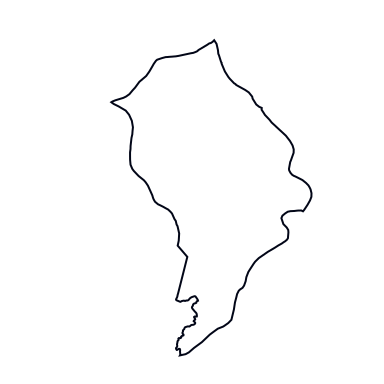 outline of Chiantla, Huehuetenango, Guatemala, rotated 139°
{"feature_id": "79465075B62653815483929", "entity_name": "Chiantla", "entity_type": "district", "adm_level": 2, "iso_a3": "GTM", "parent_name": "Guatemala", "parent_adm1": "Huehuetenango", "projection": "albers", "projection_center": [-91.345, 15.5], "detail": "fine", "context": "isolated", "style": "outline", "palette": "ink", "viewbox_px": 384, "rotation_deg": 139, "n_neighbors": 0, "source": "geoboundaries", "source_scale": "gbopen_adm2", "svg_char_len": 4040}
<svg xmlns="http://www.w3.org/2000/svg" viewBox="0 0 384 384"><g transform="rotate(139 192 192)"><path d="M238.0,160.9L238.1,146.1L246.0,140.6L269.0,124.6L270.3,123.8L271.7,122.7L272.6,122.2L273.5,121.9L274.5,121.4L274.7,121.1L274.7,120.4L272.9,116.8L272.4,116.6L271.3,116.4L270.9,116.2L269.8,115.6L269.3,115.2L269.0,114.8L268.8,114.4L268.3,114.1L267.8,114.0L267.4,113.8L267.0,113.4L266.6,113.1L265.9,112.8L265.1,112.8L264.7,112.9L264.0,113.0L263.4,113.1L262.9,113.1L262.4,113.0L261.8,113.0L261.1,112.8L258.9,111.9L258.2,111.5L257.9,110.8L258.0,109.9L258.1,108.8L258.3,107.3L258.5,106.6L258.8,106.0L259.2,106.1L259.8,106.3L260.3,106.3L260.8,106.1L261.4,105.6L262.2,105.7L262.5,105.9L262.9,106.1L263.7,106.4L264.2,106.5L264.7,106.4L265.2,106.2L265.7,105.8L266.3,105.5L266.9,105.4L267.4,105.2L267.8,104.9L268.1,104.2L268.2,103.7L268.3,99.8L268.2,99.0L268.2,98.5L268.2,97.9L268.4,97.1L268.6,96.8L268.8,96.4L269.1,95.9L269.7,95.2L270.0,94.9L270.5,95.2L271.0,95.7L271.5,96.2L271.9,96.3L272.4,96.3L272.7,95.8L272.7,95.3L272.8,94.6L273.1,93.8L273.8,93.6L275.0,93.7L275.5,93.4L275.4,92.8L275.4,92.4L275.3,92.0L275.4,91.2L275.9,90.7L276.7,90.6L277.5,90.7L278.0,90.9L278.4,91.1L279.0,91.6L279.5,91.9L280.1,92.1L280.8,92.1L281.7,92.1L282.2,92.2L282.9,92.9L283.3,93.3L283.9,93.6L284.6,93.9L285.1,94.1L285.7,94.4L286.3,94.4L286.9,94.2L287.3,94.0L287.9,93.6L288.5,93.6L289.1,93.6L289.7,93.4L290.0,93.0L290.5,92.5L291.1,92.3L291.6,92.0L291.9,91.5L292.0,90.9L291.9,90.3L292.1,89.7L292.5,89.4L293.2,89.6L293.6,89.8L294.4,90.0L295.2,89.9L295.4,89.4L296.0,89.2L296.5,89.3L297.1,89.7L297.5,90.2L297.9,90.4L298.6,90.2L298.9,89.6L299.1,89.2L299.7,89.0L300.4,89.0L301.0,88.7L301.4,88.3L301.9,87.9L302.5,87.4L303.0,87.1L303.4,86.7L303.6,86.3L303.9,85.8L304.2,85.5L304.7,85.0L305.4,84.9L306.4,84.7L306.7,84.4L307.0,83.8L307.1,83.3L307.1,82.8L306.6,82.5L306.0,82.5L305.6,82.4L304.7,82.2L304.2,81.6L304.3,81.2L304.5,80.7L304.8,80.3L305.5,79.7L306.4,78.5L306.8,77.9L307.2,77.3L307.6,76.9L308.3,76.6L303.2,73.8L299.5,73.0L292.8,73.0L283.0,72.2L272.1,72.7L268.0,72.4L262.2,71.9L256.8,70.0L255.5,69.8L250.6,69.3L246.1,69.7L237.5,75.8L232.1,80.4L227.7,83.4L224.9,85.4L221.5,86.8L219.6,86.9L216.8,86.5L214.1,87.2L210.0,89.5L206.8,92.1L201.9,94.7L198.9,95.6L192.6,97.4L190.0,98.0L185.0,98.3L174.1,97.1L166.0,95.6L161.8,95.0L158.0,94.2L155.8,94.0L154.0,93.7L151.5,93.7L149.9,94.2L145.7,98.3L144.3,100.2L143.8,103.1L144.1,107.8L141.7,113.6L139.3,114.8L135.6,114.7L132.7,114.3L130.2,112.9L127.3,110.6L124.5,108.7L121.7,106.4L120.9,104.6L119.1,104.9L113.3,106.5L108.5,108.2L105.1,110.0L102.6,112.7L100.8,116.2L100.2,118.4L99.8,120.6L100.0,124.0L100.8,128.5L101.7,130.8L103.3,134.7L103.8,135.9L104.5,137.3L105.1,139.2L105.1,141.8L104.5,144.5L103.7,145.8L98.2,150.2L96.7,150.9L93.9,152.5L89.6,154.9L87.3,157.4L85.6,161.1L84.6,166.1L84.2,172.9L86.3,192.2L86.1,195.7L86.4,202.3L86.0,204.7L85.5,208.4L84.2,209.7L85.4,212.2L86.1,215.9L85.0,222.7L84.0,224.5L83.8,229.9L84.9,234.1L88.4,243.7L88.4,245.0L88.9,246.4L89.2,252.6L89.1,255.0L88.1,261.4L85.4,269.6L84.9,270.0L84.7,271.2L81.9,277.6L81.5,279.0L79.3,282.1L76.3,287.7L75.7,292.0L78.0,291.8L80.1,292.1L81.4,292.8L84.0,293.1L93.9,294.9L95.6,294.8L97.4,295.3L99.8,296.2L101.9,297.5L112.6,303.4L115.2,305.0L118.2,307.2L121.0,309.3L121.5,309.6L123.4,311.1L126.7,312.7L131.5,314.7L133.1,314.7L136.8,313.8L139.3,312.9L142.5,311.8L145.2,310.9L150.5,309.6L159.4,309.7L166.5,308.1L170.1,307.7L175.0,306.9L179.1,307.3L182.1,308.1L189.7,311.5L192.7,312.5L194.0,312.7L193.8,311.7L193.3,309.7L191.2,304.7L188.6,296.9L188.8,291.6L190.7,285.2L194.1,279.6L197.1,276.8L199.2,274.7L202.2,272.5L208.2,267.0L210.2,264.8L212.7,262.6L215.4,259.5L217.6,256.9L220.5,252.9L221.9,248.6L222.1,246.0L221.8,239.1L220.6,232.5L220.6,229.8L221.1,225.7L223.1,219.0L224.2,215.4L225.0,213.7L225.6,212.2L225.9,211.0L226.3,208.9L225.7,205.0L224.7,202.8L223.4,199.6L222.5,197.0L221.5,194.4L221.2,191.1L221.2,188.9L223.0,183.0L223.2,180.9L225.0,177.5L225.3,175.8L226.2,174.1L228.9,169.1L233.9,164.0L238.0,160.9Z" fill="none" stroke="#020617" stroke-width="2"/></g></svg>